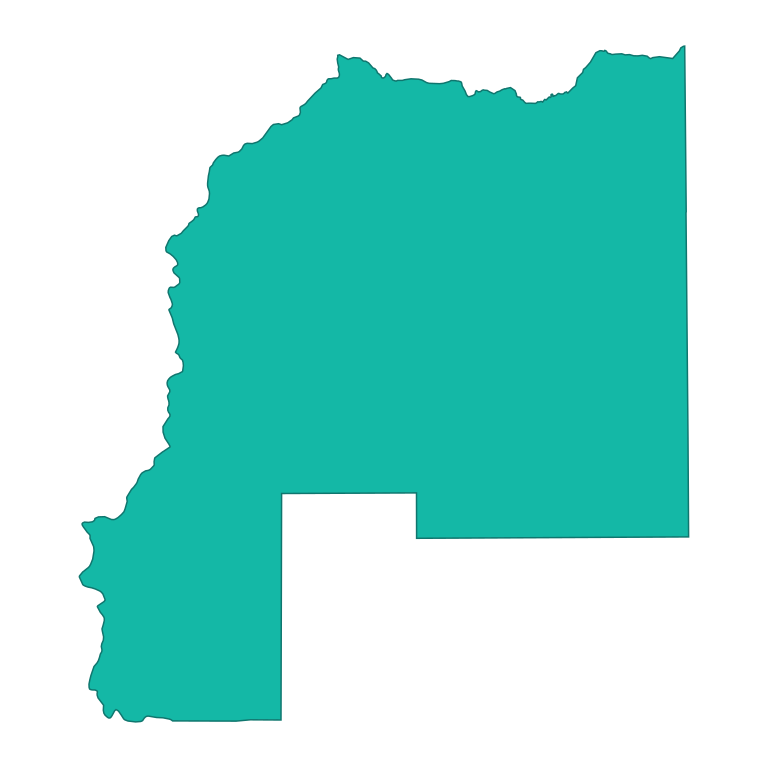 La Paz, Arizona, United States of America (orthographic projection)
{"feature_id": "52423323B41781381522782", "entity_name": "La Paz", "entity_type": "district", "adm_level": 2, "iso_a3": "USA", "parent_name": "United States of America", "parent_adm1": "Arizona", "projection": "orthographic", "projection_center": [-114.201, 33.672], "detail": "fine", "context": "isolated", "style": "filled", "palette": "teal", "viewbox_px": 768, "rotation_deg": 0, "n_neighbors": 0, "source": "geoboundaries", "source_scale": "gbopen_adm2", "svg_char_len": 5894}
<svg xmlns="http://www.w3.org/2000/svg" viewBox="0 0 768 768"><path d="M337.7,55.3L337.8,56.5L337.2,59.1L337.7,62.9L338.7,67.0L338.3,69.0L338.4,70.3L339.3,73.2L339.4,74.5L339.3,76.0L338.7,77.2L337.4,78.1L333.9,78.1L331.3,78.7L328.5,78.8L327.6,79.4L327.0,80.4L326.5,82.2L325.6,83.3L322.7,84.5L321.5,86.9L321.3,87.5L320.6,88.3L315.1,93.1L307.6,101.1L306.0,103.2L304.5,104.5L301.0,106.5L300.2,107.3L300.0,108.2L300.4,112.4L299.5,115.0L298.3,116.0L293.5,117.9L292.0,119.8L287.7,122.8L281.6,124.7L278.6,123.7L273.4,124.5L271.0,126.5L262.7,138.0L258.9,141.2L257.3,142.1L252.3,143.6L247.2,143.3L245.0,144.0L243.6,145.4L241.8,149.0L239.2,151.6L238.0,152.2L233.7,153.0L228.8,156.0L224.1,155.2L222.1,155.3L219.6,156.0L217.8,157.3L215.8,159.5L213.4,162.8L212.6,165.0L210.2,167.3L209.9,167.8L209.3,171.8L208.4,175.9L207.6,183.2L207.6,185.4L207.9,187.2L209.3,191.2L209.5,193.7L209.0,198.8L208.0,201.6L207.1,203.4L205.6,205.0L202.9,206.9L200.9,207.7L199.1,207.8L198.1,208.2L197.4,209.0L197.3,210.0L197.4,211.1L198.4,213.8L198.5,215.2L198.1,216.2L197.6,216.7L195.9,216.8L195.2,217.1L193.8,219.7L191.7,221.5L189.3,223.2L188.9,223.7L188.6,225.0L187.9,226.2L183.4,230.7L181.3,233.3L177.1,235.7L176.4,235.8L174.4,235.2L171.7,236.5L168.8,240.6L165.8,247.4L166.0,250.7L166.6,251.9L170.2,253.9L173.2,256.4L176.2,259.8L177.5,262.4L177.7,263.6L177.7,264.6L177.4,265.2L176.4,266.0L175.2,266.6L174.1,267.5L173.4,268.2L173.0,269.1L172.9,269.9L173.1,270.8L174.0,272.9L179.2,277.6L179.6,278.6L179.8,282.3L179.4,283.4L178.7,284.2L174.7,287.1L173.8,287.4L170.5,287.2L169.5,287.8L168.8,289.1L168.3,290.7L168.2,292.6L170.0,297.6L170.9,299.3L172.2,303.2L172.4,304.5L172.0,306.2L171.2,307.8L169.2,309.3L168.9,309.9L172.3,318.0L173.7,323.8L177.9,334.5L178.8,338.4L179.1,340.5L179.0,343.3L178.3,345.8L177.4,348.2L175.5,352.1L176.4,353.2L177.9,354.0L179.1,355.3L179.7,357.1L180.5,358.4L182.4,360.0L183.1,362.4L183.4,365.8L182.7,370.8L182.4,371.6L178.7,373.6L175.4,374.5L172.5,376.0L170.4,377.3L168.8,379.0L167.6,380.8L167.1,382.9L167.3,385.0L167.9,386.6L169.8,390.0L169.8,391.8L167.6,395.9L167.7,397.3L168.1,399.1L168.6,400.5L169.0,402.5L169.0,404.9L167.8,407.8L167.8,410.2L168.6,412.3L169.5,413.5L170.0,414.7L169.9,416.2L169.1,417.5L168.0,418.7L163.0,426.6L163.1,432.2L165.0,438.2L169.0,444.3L170.0,446.3L169.9,447.1L162.3,452.1L155.0,457.7L154.7,458.2L154.1,461.6L154.2,464.7L154.0,465.5L150.3,469.4L148.5,470.3L145.5,470.9L142.1,472.9L140.7,474.5L138.2,479.1L137.1,482.4L136.2,483.9L133.6,487.3L131.5,489.4L127.0,496.8L126.7,497.9L127.2,501.5L125.1,508.8L124.0,511.7L121.5,514.5L118.0,517.6L115.3,519.2L113.8,519.6L111.4,519.5L104.7,516.7L98.5,516.9L95.2,518.3L94.8,518.9L94.7,519.9L94.3,520.5L92.5,521.8L88.5,522.4L84.5,522.1L82.9,522.8L82.2,523.5L82.1,524.0L82.2,524.9L83.3,526.8L87.3,532.3L89.5,534.5L90.0,535.3L90.1,536.3L90.0,538.4L93.6,546.5L93.9,548.9L94.0,551.0L92.7,559.1L90.8,563.9L89.6,566.2L88.3,567.6L82.7,572.0L80.0,575.3L79.4,576.2L79.4,577.1L82.8,584.6L83.5,585.2L85.2,586.1L88.1,587.1L91.7,587.8L95.4,589.0L99.8,591.0L101.4,592.2L102.9,594.0L104.9,599.1L105.1,600.1L104.0,601.6L98.0,605.6L97.4,606.4L97.5,607.0L100.4,612.4L102.4,614.8L104.0,617.3L104.3,618.6L104.3,620.6L103.2,625.0L102.0,628.9L102.3,630.9L103.6,636.8L103.5,638.2L103.3,640.3L101.8,643.8L101.3,646.5L102.0,650.0L101.7,651.8L100.4,654.0L99.4,657.7L98.3,660.8L97.0,663.0L94.0,666.5L90.9,675.6L89.8,680.0L89.0,684.1L89.1,687.4L89.6,689.0L90.4,689.5L92.0,689.9L94.8,690.0L95.7,690.2L97.3,691.2L97.4,691.8L97.1,693.7L97.2,695.3L98.1,698.0L103.6,705.2L103.3,710.2L103.9,713.2L105.1,715.2L107.6,717.4L108.8,718.0L109.9,718.0L110.8,717.4L112.0,715.7L114.7,710.7L116.0,709.6L117.9,710.6L118.8,711.5L121.1,714.8L123.7,718.9L124.8,719.8L127.9,721.0L135.6,721.9L140.6,721.5L141.8,721.1L142.7,720.5L144.2,718.2L145.6,716.8L147.0,716.2L148.5,716.1L156.6,717.5L163.0,717.8L169.5,719.1L171.0,719.7L172.6,720.9L236.2,721.1L250.2,719.8L281.0,720.0L281.6,493.5L416.5,492.9L416.6,538.3L688.6,536.9L688.0,438.4L686.0,212.4L686.2,212.0L684.7,46.1L683.4,46.3L680.8,47.9L679.4,50.9L672.7,58.5L659.5,56.7L652.8,57.6L650.7,58.6L649.4,58.1L647.2,56.2L642.3,55.3L638.0,55.9L633.8,55.8L629.5,54.6L625.2,54.9L621.8,53.8L615.9,54.1L612.6,54.5L611.4,54.4L610.6,53.9L608.0,53.3L607.2,52.5L606.7,51.7L605.9,50.8L605.1,50.5L604.7,50.4L604.3,50.8L604.3,51.1L603.3,51.3L602.0,50.8L599.9,50.7L595.9,52.7L590.4,62.2L585.7,67.6L583.5,69.3L582.7,72.5L577.4,77.8L575.7,85.7L572.7,88.1L567.9,93.0L567.3,92.9L567.0,92.4L566.6,91.9L564.7,92.5L564.6,92.9L562.9,94.0L560.7,94.0L559.6,93.8L558.9,93.4L558.2,93.5L555.8,95.5L554.2,95.8L553.8,96.3L553.1,96.3L553.2,96.0L552.7,95.1L552.7,94.5L552.1,94.1L551.2,94.5L550.9,95.1L551.2,95.6L551.2,96.3L550.6,97.4L550.0,97.4L549.9,97.1L549.4,97.0L548.9,97.2L546.3,99.9L545.5,99.8L544.9,99.4L544.4,99.8L542.6,102.1L541.6,101.5L540.6,101.5L539.9,101.8L538.8,101.9L537.5,101.9L536.9,102.6L535.5,103.4L530.4,103.2L525.8,103.3L524.3,101.9L523.0,100.3L522.3,99.9L521.1,99.6L520.5,98.9L520.6,98.1L520.2,97.3L517.7,96.9L517.0,96.5L516.4,95.1L516.4,94.1L515.0,90.6L510.5,87.6L506.7,88.4L505.5,88.9L504.6,88.8L502.1,89.7L499.5,91.2L498.0,91.6L496.7,92.1L495.0,93.4L493.6,93.7L489.8,92.0L487.2,90.4L484.5,90.2L483.4,89.9L482.3,90.2L480.4,91.6L478.3,91.9L477.5,91.2L476.2,90.7L475.5,91.7L475.2,93.4L474.9,94.2L474.0,94.9L472.7,95.6L469.6,96.6L467.9,96.5L466.4,94.5L465.1,91.1L462.2,86.0L461.6,82.9L460.9,81.8L458.3,81.0L457.1,81.0L455.1,80.6L451.2,80.5L449.2,81.6L443.4,83.3L439.6,83.7L429.1,83.3L426.6,82.6L421.9,80.0L418.6,79.2L411.0,78.8L404.8,79.7L402.4,80.4L397.6,80.4L396.1,81.1L394.2,80.6L392.4,79.8L391.9,78.7L388.8,74.7L387.7,73.8L387.0,73.5L386.0,74.6L385.7,75.9L385.0,76.9L383.6,78.0L382.2,77.9L381.6,77.5L381.3,76.8L381.3,76.1L378.9,73.9L377.4,72.8L377.1,71.8L376.3,70.2L374.8,68.6L373.5,68.2L372.8,67.8L368.6,62.9L365.7,61.2L363.3,61.1L360.0,58.1L353.4,57.6L348.1,59.4L339.5,54.8L337.7,55.3Z" fill="#14b8a6" stroke="#0f766e" stroke-width="1.5"/></svg>